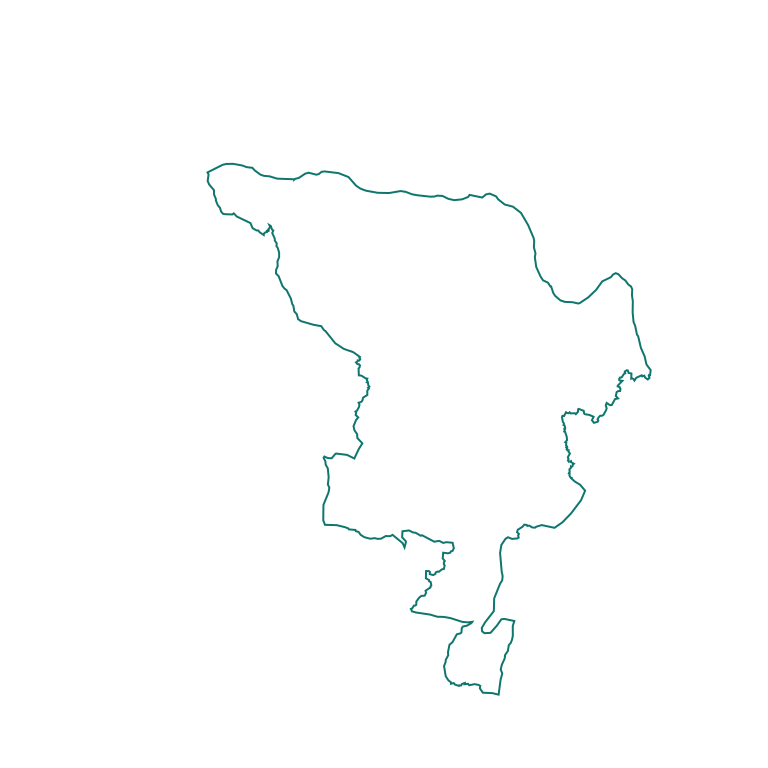 outline of Lawra, Upper West, Ghana, rotated 122°
{"feature_id": "2480657B49975124320145", "entity_name": "Lawra", "entity_type": "district", "adm_level": 2, "iso_a3": "GHA", "parent_name": "Ghana", "parent_adm1": "Upper West", "projection": "mercator", "projection_center": [-2.802, 10.62], "detail": "fine", "context": "isolated", "style": "outline", "palette": "teal", "viewbox_px": 768, "rotation_deg": 122, "n_neighbors": 0, "source": "geoboundaries", "source_scale": "gbopen_adm2", "svg_char_len": 6166}
<svg xmlns="http://www.w3.org/2000/svg" viewBox="0 0 768 768"><g transform="rotate(122 384 384)"><path d="M525.9,336.7L522.9,330.9L523.7,329.9L522.9,327.2L524.3,323.8L524.3,319.4L522.5,313.7L519.6,310.1L518.7,307.3L516.7,304.5L512.1,302.0L509.7,298.1L507.4,296.8L509.1,283.8L511.7,280.0L506.5,281.6L505.8,282.2L504.4,287.4L499.1,290.3L494.9,285.1L494.6,281.0L493.4,278.3L493.2,272.4L492.1,271.6L491.1,257.8L487.8,254.1L487.4,249.6L485.1,247.3L482.3,241.7L486.2,237.8L489.1,237.4L490.6,238.6L491.9,238.4L493.7,240.0L495.7,244.4L500.8,241.8L501.9,238.6L503.4,238.8L505.1,237.7L505.7,236.4L509.2,235.2L510.5,236.7L514.1,237.9L514.7,239.2L516.4,240.3L518.0,239.8L520.0,241.1L521.0,244.4L519.1,245.4L518.9,246.9L520.4,249.2L526.6,245.5L526.4,241.9L527.4,241.2L527.2,239.5L529.8,237.1L530.8,237.4L531.9,236.8L537.3,239.2L538.8,237.7L541.9,237.3L544.0,240.1L546.8,241.0L551.4,241.3L554.0,239.7L555.1,239.9L556.1,241.2L559.4,241.2L560.5,242.0L562.0,239.7L560.7,235.5L555.1,222.7L553.1,215.4L549.8,209.8L547.3,203.6L544.2,191.4L541.6,186.4L538.9,183.1L540.4,183.2L545.0,185.6L547.9,188.6L549.8,188.7L553.6,186.7L554.8,186.9L557.7,189.6L566.6,189.1L570.4,190.3L577.6,187.6L580.0,185.8L585.3,185.4L587.2,184.4L591.4,183.6L599.1,176.8L601.2,172.3L601.5,169.1L602.7,168.4L600.7,166.4L601.3,164.5L600.3,160.4L599.6,160.4L598.8,158.9L597.0,158.9L594.7,157.0L595.9,156.5L593.7,153.8L594.3,152.1L590.5,148.1L589.1,144.3L589.0,142.4L591.3,141.4L593.4,136.6L588.7,128.2L586.7,122.2L572.8,128.5L566.8,130.3L564.3,133.7L559.7,135.3L552.8,136.2L549.6,137.7L544.7,137.5L539.3,139.8L536.5,139.3L533.1,139.9L529.5,141.2L520.9,146.6L515.9,147.9L519.5,157.6L521.4,159.8L528.9,160.2L538.6,161.8L542.1,166.8L541.7,169.8L539.1,171.8L532.8,172.0L518.4,170.5L507.3,177.0L492.1,179.7L487.9,179.7L484.0,181.6L480.7,184.8L465.8,196.0L458.3,199.2L450.8,198.9L448.3,197.7L447.5,193.3L444.3,189.1L442.9,188.4L441.4,190.0L439.7,190.1L439.1,192.7L436.7,193.3L431.7,190.9L428.9,190.5L427.9,188.2L428.4,187.2L427.1,185.7L427.1,182.3L425.8,179.8L424.3,179.2L420.1,175.5L415.6,163.2L406.8,159.4L394.6,156.8L378.1,155.3L367.9,156.9L365.5,164.3L365.6,170.3L364.8,174.9L364.2,175.1L364.6,176.0L363.4,178.2L361.4,179.2L361.7,179.9L359.9,180.1L358.2,181.5L356.0,181.1L354.9,181.7L354.9,181.0L353.7,180.6L352.5,181.2L351.0,180.7L351.1,184.2L350.4,184.6L352.0,186.0L351.3,187.6L349.9,187.7L348.7,189.3L344.4,189.5L343.7,191.6L342.3,192.3L343.0,193.5L342.5,194.6L341.2,194.6L341.1,195.9L340.0,195.7L339.5,197.1L337.2,198.3L337.3,199.4L334.6,199.0L331.9,201.1L328.6,205.1L328.8,206.0L326.3,206.5L326.4,207.4L324.8,207.4L323.4,209.1L323.7,209.9L322.0,210.6L321.3,212.3L317.9,215.4L316.4,215.8L315.8,214.3L311.5,214.7L311.6,213.3L310.9,212.0L309.7,211.6L310.1,210.3L307.6,206.5L307.9,205.3L304.7,204.8L302.5,206.0L301.9,205.7L300.9,200.4L303.0,198.6L303.1,197.5L301.4,193.5L300.7,188.9L304.5,188.5L305.7,185.4L302.8,182.8L301.6,182.8L300.8,184.2L298.5,184.3L296.3,183.8L295.4,182.3L294.0,181.5L288.4,181.8L286.6,182.3L284.6,184.6L282.1,185.1L282.2,181.1L281.1,179.7L274.4,180.1L272.2,177.9L271.3,181.1L267.6,182.4L266.0,181.7L264.9,180.1L263.1,180.7L261.8,182.4L262.2,184.6L261.6,184.9L255.0,183.5L256.1,186.0L256.0,186.7L254.8,187.3L253.5,187.3L252.5,186.0L247.8,185.8L247.1,185.1L245.8,186.4L243.7,185.4L243.3,184.4L245.0,182.5L244.0,179.7L248.4,177.2L247.7,176.8L247.6,175.1L248.4,173.4L245.1,173.4L240.1,170.1L240.7,169.1L239.0,167.7L240.2,165.9L240.4,162.7L238.1,162.1L236.7,163.9L235.9,164.0L235.5,163.1L230.9,165.2L228.4,171.7L222.4,177.7L217.2,185.3L208.8,193.8L208.1,195.6L201.5,201.9L199.2,205.2L191.5,211.1L182.0,216.8L177.4,220.7L172.1,223.7L170.4,226.2L170.2,229.5L168.3,234.2L168.1,238.3L166.7,243.3L167.2,246.2L169.8,247.8L173.2,248.2L181.3,253.3L191.8,254.0L202.3,256.7L211.5,260.8L212.8,261.9L214.7,267.4L218.5,274.1L219.6,278.7L218.6,285.4L217.3,288.4L212.7,294.0L213.1,294.6L211.2,298.6L211.8,304.1L209.7,308.5L204.1,316.9L196.5,323.3L193.0,324.7L188.7,329.3L183.1,332.4L180.9,334.5L172.9,345.9L166.3,358.5L165.3,368.6L167.8,376.8L166.9,385.0L165.5,388.3L166.5,395.2L169.1,397.9L173.8,399.5L178.3,411.7L180.7,411.7L186.0,415.6L190.9,421.9L192.9,427.7L193.5,434.0L196.0,438.6L198.3,440.6L200.5,443.8L206.1,455.4L208.2,460.6L209.6,467.6L211.6,472.2L219.3,480.8L225.2,490.7L229.6,501.7L230.8,507.6L230.6,512.8L227.3,523.8L229.3,534.4L235.3,547.2L237.2,549.4L240.6,550.6L242.4,552.4L244.7,559.8L247.4,562.3L254.5,565.5L257.1,568.1L258.4,568.4L258.0,568.7L266.5,583.5L268.5,591.0L271.1,596.1L271.9,599.5L271.4,606.7L270.4,610.2L272.8,615.2L273.9,620.3L277.3,628.7L281.0,634.4L283.5,636.9L298.1,645.8L299.3,643.8L305.3,641.1L307.5,637.9L309.7,630.9L313.4,628.5L316.2,624.6L317.5,623.8L320.4,619.8L321.5,616.5L324.0,613.6L325.0,610.8L324.3,608.9L320.6,602.5L318.9,601.8L320.0,597.6L318.3,582.5L321.5,578.0L321.3,573.4L320.4,572.0L321.2,569.9L321.4,564.9L320.1,565.5L318.3,565.0L317.1,563.8L316.3,564.4L315.4,563.0L314.5,563.4L314.6,564.1L311.2,563.7L310.0,565.4L310.0,563.7L312.3,560.9L312.5,559.2L315.2,558.8L318.5,553.8L320.2,552.6L321.6,549.5L324.1,548.2L324.9,546.3L328.1,542.6L332.1,540.1L336.4,539.4L340.4,536.6L344.3,536.0L347.5,534.2L348.4,530.5L354.6,522.2L355.8,519.1L356.0,516.4L360.8,508.4L364.8,504.2L365.6,502.4L370.0,498.5L371.0,495.0L374.5,491.2L374.7,487.7L371.2,475.4L368.2,467.8L370.1,463.6L370.1,461.8L375.3,446.9L375.5,436.6L373.3,427.0L373.8,418.7L374.8,418.8L375.5,417.3L377.2,417.4L377.9,418.8L378.7,418.4L380.5,419.2L381.2,417.0L380.5,415.7L381.0,414.2L383.1,413.5L384.3,413.8L390.0,409.9L388.9,407.7L388.9,402.3L388.3,401.0L389.6,400.8L390.7,399.1L391.6,399.3L391.4,398.3L393.5,396.5L394.0,395.0L395.6,395.5L395.8,394.5L398.6,394.6L402.2,392.3L406.6,394.5L409.8,393.5L411.6,394.0L413.3,395.6L414.6,393.8L417.0,393.0L421.2,392.8L422.5,393.6L423.1,392.4L425.3,391.6L426.0,388.1L429.4,388.6L435.9,387.5L438.8,384.7L440.8,380.2L443.9,378.0L445.8,370.9L452.7,370.9L462.9,369.7L463.7,377.8L468.2,387.4L468.9,388.2L474.7,389.0L476.6,392.4L477.1,396.1L478.6,396.1L480.6,392.8L483.4,390.6L485.3,387.0L492.4,381.5L498.9,378.4L500.9,375.4L505.3,373.6L518.6,371.3L531.9,363.2L534.7,359.4L528.8,349.4L526.1,341.3L525.4,337.7L525.9,336.7Z" fill="none" stroke="#0f766e" stroke-width="2"/></g></svg>